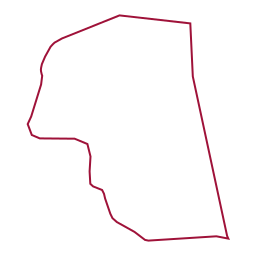 outline of Saint Elizabeth
{"feature_id": "JAM-1373", "entity_name": "Saint Elizabeth", "entity_type": "Parish", "adm_level": 1, "iso_a3": "JAM", "parent_name": "Jamaica", "parent_adm1": "", "projection": "natural_earth1", "projection_center": [-77.826, 18.044], "detail": "fine", "context": "isolated", "style": "outline", "palette": "rose", "viewbox_px": 256, "rotation_deg": 0, "n_neighbors": 0, "source": "natural_earth", "source_scale": "10m", "svg_char_len": 546}
<svg xmlns="http://www.w3.org/2000/svg" viewBox="0 0 256 256"><path d="M228.3,238.6L216.4,236.3L148.4,240.6L145.0,239.9L134.5,231.9L116.9,222.1L112.5,218.2L110.3,213.7L105.1,198.5L104.0,193.8L102.1,190.0L93.1,186.4L90.3,183.8L89.6,171.4L90.5,156.5L87.4,144.0L74.6,138.7L39.8,138.4L31.8,135.0L27.7,124.1L31.2,116.5L41.1,84.5L42.2,75.7L41.7,74.3L41.0,71.2L40.9,69.5L41.1,67.8L41.9,64.1L45.1,56.6L50.6,46.7L52.9,44.2L54.6,42.6L62.1,38.4L119.5,15.4L190.3,23.4L192.8,76.4L227.1,235.9L228.3,238.6Z" fill="none" stroke="#9f1239" stroke-width="2"/></svg>